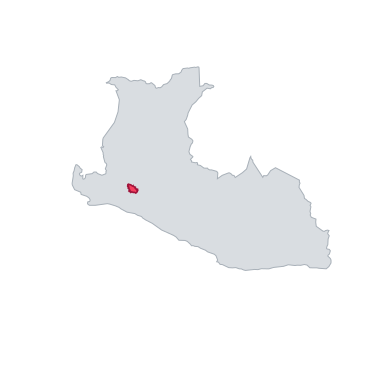 location of Celendin, Cajamarca, Peru, rotated 325°
{"feature_id": "86281439B17410503992322", "entity_name": "Celendin", "entity_type": "district", "adm_level": 2, "iso_a3": "PER", "parent_name": "Peru", "parent_adm1": "Cajamarca", "projection": "orthographic", "projection_center": [-78.179, -6.771], "detail": "fine", "context": "in_parent", "style": "filled", "palette": "rose", "viewbox_px": 384, "rotation_deg": 325, "n_neighbors": 0, "source": "geoboundaries", "source_scale": "gbopen_adm2", "svg_char_len": 5754}
<svg xmlns="http://www.w3.org/2000/svg" viewBox="0 0 384 384"><g transform="rotate(325 192 192)"><path d="M270.5,117.1L270.4,118.1L269.1,118.5L268.0,117.8L266.3,118.0L263.9,115.6L257.9,115.9L255.2,118.6L251.2,119.1L246.9,120.3L242.0,120.8L234.2,125.0L232.4,126.7L228.9,129.2L226.1,130.0L224.6,137.9L221.8,142.4L220.6,144.9L222.1,148.7L222.1,150.6L220.5,152.1L219.2,152.2L216.5,153.8L212.6,157.2L211.9,159.9L213.1,163.4L212.7,163.8L209.4,164.4L209.5,166.4L208.8,167.1L211.5,170.0L213.0,170.7L213.1,171.4L212.8,172.1L212.2,172.4L212.2,173.0L214.1,175.1L215.5,179.3L218.4,181.4L218.4,182.7L219.2,184.1L220.7,185.1L224.1,189.3L224.1,191.2L220.4,195.7L226.4,195.7L232.9,197.3L233.8,198.0L234.6,200.1L234.6,201.4L235.9,202.5L235.7,204.9L244.3,205.1L249.9,204.5L259.1,197.2L260.5,196.6L259.7,198.2L259.6,199.4L260.0,200.7L259.0,202.5L258.4,220.6L260.1,219.7L262.2,221.4L263.7,221.5L268.6,219.6L274.3,220.0L286.8,243.9L285.6,245.5L285.6,246.7L284.0,247.7L282.3,249.6L281.8,259.0L280.4,261.8L281.1,263.3L281.7,266.2L282.8,268.1L283.1,269.2L282.9,269.7L281.1,270.6L280.9,272.3L277.5,275.6L276.8,277.9L275.6,278.6L275.2,281.1L278.0,285.3L276.0,287.7L274.1,291.4L276.8,299.1L277.9,300.2L279.2,300.2L281.1,300.9L282.1,302.1L279.6,303.5L279.2,304.1L279.3,306.6L276.6,308.5L272.9,313.2L272.0,313.5L270.2,314.9L269.8,315.6L270.1,316.3L271.5,317.7L271.6,319.5L269.0,321.6L267.2,321.8L266.5,322.4L267.1,325.3L267.1,326.7L266.4,328.2L265.1,329.9L261.3,331.6L257.9,331.9L252.4,327.4L250.6,325.6L245.1,321.7L244.3,317.8L242.4,315.8L239.0,314.4L236.2,312.3L234.2,311.3L229.1,306.8L224.4,305.4L215.6,300.6L210.8,299.0L204.8,294.6L201.5,293.4L198.8,291.3L190.8,286.9L189.6,285.5L188.3,283.3L186.6,282.0L184.6,279.1L181.6,277.3L178.7,275.0L175.2,268.8L173.5,267.4L173.4,264.6L172.2,263.3L174.0,262.4L175.1,258.0L174.6,255.8L170.4,249.9L169.7,247.5L166.7,242.9L165.6,240.2L163.2,238.2L162.1,236.5L160.8,235.8L160.7,233.7L159.8,229.7L158.5,227.7L153.6,224.0L153.2,219.9L152.1,217.1L145.3,205.7L141.4,194.7L138.1,188.5L136.7,185.0L136.6,183.1L134.1,179.9L132.8,176.9L127.2,171.2L124.0,164.8L123.5,162.9L121.3,159.4L117.8,154.9L116.0,153.0L105.3,147.5L100.3,144.0L99.7,142.3L99.9,141.3L101.0,140.3L102.6,141.0L103.5,140.7L104.2,139.5L104.2,137.6L103.3,135.1L99.8,130.4L100.7,128.3L97.2,122.8L98.0,117.5L98.8,116.1L104.0,110.7L105.4,108.4L107.6,107.0L109.9,104.8L112.6,103.1L113.4,103.7L114.2,106.5L114.1,108.5L114.8,110.6L113.0,112.5L110.9,112.2L110.1,112.6L109.8,113.5L110.1,115.0L110.7,115.6L112.2,115.7L110.1,118.5L110.3,119.1L111.7,119.6L113.1,118.9L114.6,117.2L115.5,117.0L120.7,119.7L123.1,119.4L125.0,120.7L125.2,122.7L127.8,126.6L131.7,127.6L132.4,127.2L133.3,125.8L134.1,125.6L134.3,123.3L137.7,121.0L138.2,119.4L137.7,118.3L137.8,117.4L139.7,112.2L140.4,111.7L140.9,110.0L141.7,109.0L142.9,103.2L143.8,103.2L144.7,104.6L145.7,104.2L145.2,102.9L145.3,102.5L149.1,97.8L150.3,96.8L168.4,90.5L177.4,83.9L185.4,74.8L187.8,65.5L188.8,66.2L190.3,66.0L189.8,62.2L190.1,60.5L190.1,59.9L187.6,57.7L186.6,55.2L184.4,53.8L184.5,53.3L186.8,53.8L188.9,53.6L190.7,52.1L192.0,52.2L194.9,54.4L197.1,54.6L197.8,56.1L200.0,57.2L203.0,60.4L204.4,63.9L204.3,64.5L205.6,66.4L208.5,67.3L211.5,69.9L214.5,70.7L215.9,73.0L216.7,73.8L217.1,75.1L216.6,76.7L217.1,77.5L219.3,78.9L221.2,79.0L221.6,79.6L222.7,83.5L222.0,85.4L222.2,86.5L224.8,87.4L225.5,88.3L227.5,88.5L230.3,87.7L233.8,88.9L236.5,88.5L237.7,88.2L239.0,87.4L240.1,87.4L242.8,85.0L243.6,84.8L246.5,85.9L249.0,87.6L252.1,87.4L253.3,86.4L255.5,85.8L259.5,87.9L260.4,88.9L261.5,89.1L265.7,91.2L266.5,92.1L268.7,92.9L269.2,93.6L269.0,94.3L258.9,109.9L262.0,111.3L264.9,110.5L266.4,111.6L267.5,114.2L269.7,115.9L270.5,117.1Z" fill="#d9dde1" stroke="#a8b0b8" stroke-width="1"/><path d="M148.1,157.9L148.1,157.7L148.1,157.4L147.9,157.3L148.0,157.2L148.1,156.8L148.1,156.7L148.1,156.4L148.1,156.2L147.7,156.1L147.8,155.9L147.9,155.7L147.9,155.4L147.8,155.2L147.7,154.9L147.8,154.9L147.7,154.8L147.7,154.7L147.6,154.4L147.5,154.2L147.5,153.9L147.4,153.8L147.4,153.7L147.3,153.4L147.2,153.4L146.9,153.3L146.9,153.2L147.0,153.1L146.9,153.1L146.7,153.1L146.6,152.9L146.5,152.7L146.4,152.4L146.4,152.2L146.3,151.9L146.1,151.7L146.0,151.4L146.1,151.2L145.9,151.0L145.9,150.9L145.8,150.7L145.7,150.6L145.4,150.4L145.3,150.2L145.2,150.0L144.9,150.0L144.9,149.9L144.8,149.7L144.7,149.6L144.5,149.4L144.5,149.2L144.4,149.2L144.2,149.1L143.9,149.2L143.7,149.1L143.6,149.3L143.4,149.5L143.3,149.8L143.2,149.9L143.2,150.0L143.0,149.9L142.9,150.0L142.7,150.1L142.6,150.3L142.5,150.5L142.6,150.8L142.6,151.0L142.8,151.2L142.7,151.4L142.7,151.5L142.8,151.6L142.9,151.8L143.0,151.9L142.9,152.0L142.8,151.9L142.7,151.8L142.3,151.9L142.2,151.9L141.9,152.1L142.0,152.4L142.0,152.5L142.0,152.8L142.1,153.0L142.3,153.3L142.3,153.6L142.2,153.6L142.0,153.9L141.9,154.0L142.0,154.0L142.0,154.3L142.0,154.5L142.1,154.8L142.1,155.1L142.1,155.3L142.0,155.5L141.8,155.6L141.6,155.5L141.6,155.8L141.2,155.8L141.3,155.9L141.3,156.0L141.4,156.3L141.4,156.5L141.6,156.6L141.6,156.8L141.6,157.1L141.6,157.3L141.8,157.3L141.9,157.5L141.9,157.4L142.0,157.3L142.3,157.2L142.3,157.3L142.5,157.3L142.7,157.5L142.8,157.5L143.0,157.7L143.0,157.8L143.3,158.0L143.4,158.3L143.4,158.5L143.5,158.6L143.8,158.7L143.7,158.7L143.7,158.8L143.9,158.9L144.1,158.8L144.3,159.0L144.5,159.1L144.6,159.3L144.8,159.4L144.8,159.5L144.9,159.8L145.0,159.8L145.1,160.0L145.3,160.2L145.3,160.3L145.3,160.6L145.5,160.6L145.9,160.7L146.1,160.6L146.3,160.6L146.5,160.4L146.9,160.4L147.0,160.4L147.3,160.4L147.5,160.2L147.8,160.0L147.8,159.9L148.0,159.8L148.1,159.7L148.3,159.6L148.5,159.6L148.8,159.4L148.8,159.2L148.7,159.2L148.7,158.9L148.6,158.7L148.4,158.7L148.5,158.6L148.4,158.6L148.3,158.4L148.2,158.2L148.3,158.0L148.2,157.9L148.1,157.9Z" fill="#f43f5e" stroke="#9f1239" stroke-width="1.5"/></g></svg>